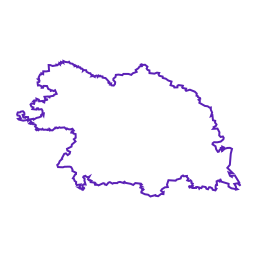 Natore, Rajshahi, Bangladesh (Equal Earth projection), rotated 268°
{"feature_id": "16705992B43065208682222", "entity_name": "Natore", "entity_type": "district", "adm_level": 2, "iso_a3": "BGD", "parent_name": "Bangladesh", "parent_adm1": "Rajshahi", "projection": "equal_earth", "projection_center": [89.103, 24.393], "detail": "fine", "context": "isolated", "style": "outline", "palette": "violet", "viewbox_px": 256, "rotation_deg": 268, "n_neighbors": 0, "source": "geoboundaries", "source_scale": "gbopen_adm2", "svg_char_len": 5731}
<svg xmlns="http://www.w3.org/2000/svg" viewBox="0 0 256 256"><g transform="rotate(268 128 128)"><path d="M140.3,19.0L139.0,23.5L139.6,28.0L138.6,28.3L139.8,29.3L139.5,30.1L137.7,31.4L136.6,30.2L136.5,31.8L135.7,30.3L135.4,31.1L135.9,32.9L135.1,33.2L135.0,34.8L134.0,36.0L132.7,35.2L130.9,37.4L130.7,36.4L129.7,35.8L129.0,36.5L129.6,37.8L128.9,38.3L129.9,39.9L129.4,41.3L130.2,42.5L129.2,43.2L129.2,46.1L128.8,47.4L129.4,48.0L128.5,49.3L129.7,49.5L128.4,50.9L128.3,52.5L130.1,54.6L130.2,55.4L130.9,55.4L131.0,56.6L130.3,57.8L131.1,59.5L130.6,60.6L130.8,64.5L128.9,66.3L129.7,67.0L128.9,68.3L128.6,70.2L129.2,72.4L127.3,73.7L126.6,71.7L125.4,71.2L125.1,73.1L124.3,73.4L123.8,75.4L120.1,75.4L118.7,73.5L116.4,75.1L113.4,71.3L111.4,70.9L109.3,66.3L107.6,66.6L106.2,69.3L104.4,68.8L103.0,66.8L104.8,65.1L104.4,63.4L99.9,60.8L99.4,61.1L97.3,58.6L94.9,57.6L93.5,56.0L91.4,56.7L91.0,61.6L91.5,63.3L91.4,68.5L90.8,69.9L88.3,71.1L87.0,70.9L85.1,74.5L83.7,74.4L83.3,73.5L79.6,71.2L79.2,72.1L77.0,72.8L75.9,74.3L74.0,74.1L72.8,74.8L73.2,78.7L70.8,77.6L70.1,78.0L70.2,76.5L69.0,78.2L69.3,80.0L68.9,79.5L68.0,80.1L68.5,80.6L68.1,81.1L69.3,82.0L70.5,80.7L72.1,80.4L73.2,81.6L73.0,83.6L77.0,82.6L78.7,82.9L80.4,81.5L81.2,82.0L81.7,83.8L80.8,84.5L80.1,86.5L80.8,87.7L78.2,86.2L77.2,87.2L77.3,88.2L76.6,89.5L75.9,88.6L75.2,88.7L74.6,92.9L74.1,93.4L73.8,92.7L72.4,93.1L72.3,95.6L71.7,96.5L73.7,101.3L73.3,102.6L72.4,102.8L71.8,104.5L74.1,106.6L74.5,108.0L72.9,110.6L73.5,111.7L73.3,115.3L74.1,116.3L74.4,118.1L73.2,121.6L73.8,121.6L74.4,122.7L73.3,123.5L72.1,128.8L70.9,131.2L72.7,133.4L71.9,139.0L71.4,139.4L71.4,138.4L69.8,138.7L69.0,139.8L68.9,138.8L68.1,138.3L67.8,139.1L66.0,140.1L66.6,140.9L66.0,141.4L64.2,139.2L63.0,139.1L61.2,142.6L60.6,145.8L58.8,148.0L60.0,153.1L59.3,153.3L58.8,155.7L61.0,158.9L60.7,161.1L62.8,161.4L62.5,160.5L64.2,158.8L65.7,159.9L67.4,162.8L67.6,165.7L70.0,165.0L74.4,166.6L73.7,173.8L74.7,174.8L75.7,178.8L77.8,179.7L78.6,181.3L77.8,182.0L78.0,185.2L77.0,185.1L75.3,186.6L73.6,185.4L72.9,187.1L73.6,188.6L72.5,189.6L71.0,189.4L70.1,190.8L68.8,190.1L67.9,190.9L67.4,190.3L67.7,187.3L67.3,187.0L66.5,187.4L66.9,188.0L65.8,190.4L65.7,194.0L66.6,194.1L66.6,195.3L66.2,196.6L64.9,197.1L65.8,197.9L65.4,199.3L67.0,200.3L66.3,203.5L64.5,204.3L64.0,205.8L65.9,206.9L66.0,207.9L64.9,209.9L63.3,210.5L62.6,213.2L64.2,214.3L64.6,213.5L66.8,213.5L68.1,214.0L68.0,215.0L71.6,214.7L72.4,216.3L71.2,217.7L71.5,218.6L74.0,218.3L71.1,219.5L68.7,226.6L66.0,226.4L64.1,229.3L63.4,232.7L62.6,233.5L63.0,235.3L64.0,234.0L65.7,233.8L68.4,232.3L68.9,235.5L66.4,238.3L69.0,236.9L69.5,237.3L76.9,233.1L76.6,229.8L75.7,229.9L76.6,228.3L80.0,227.1L79.3,228.6L79.3,231.1L84.7,225.9L87.6,228.5L98.7,229.8L103.5,231.2L104.6,229.2L104.6,226.8L104.0,224.3L102.5,222.1L105.2,223.2L106.1,221.5L100.8,221.3L105.7,220.1L103.8,220.0L103.0,218.8L101.2,217.9L101.0,217.0L103.6,215.4L106.7,214.8L108.7,211.9L109.8,212.1L110.8,213.5L110.6,216.8L111.2,220.2L113.3,222.9L114.8,223.3L116.2,222.5L115.8,220.3L117.4,218.9L120.6,219.2L124.3,217.4L124.2,213.1L125.3,214.1L125.9,213.7L127.1,216.0L128.4,216.6L130.3,215.2L132.1,215.4L132.8,213.2L137.7,212.8L137.0,211.3L140.5,212.6L143.4,211.4L145.6,211.5L145.4,210.4L146.9,208.4L147.4,205.6L150.7,200.2L152.5,200.8L153.7,199.6L154.6,201.2L155.3,201.1L156.5,199.0L157.6,198.7L157.9,197.6L160.0,197.9L162.0,196.0L164.1,191.2L163.1,187.4L163.9,186.8L165.3,187.4L166.1,184.0L166.6,183.6L168.3,184.3L168.5,183.6L169.1,180.2L168.6,179.0L166.9,178.8L166.9,175.7L168.2,175.3L169.3,172.0L172.9,173.1L174.0,170.0L176.0,167.4L176.8,164.5L178.2,164.4L179.1,161.1L180.4,160.4L181.9,161.1L182.3,158.9L181.4,156.3L182.1,151.4L184.8,151.4L185.4,149.6L186.7,148.7L188.6,149.6L190.6,147.2L190.5,145.1L191.2,143.8L190.9,143.0L189.3,143.8L189.1,141.7L187.3,140.4L185.7,137.7L183.8,138.6L182.5,134.7L181.0,133.1L182.0,130.4L182.2,125.3L181.0,124.2L181.7,120.4L181.5,117.7L179.4,117.3L177.9,115.2L176.4,115.0L174.3,116.8L172.4,116.5L170.9,115.2L171.2,113.1L171.9,112.8L172.0,111.8L173.2,112.5L173.4,110.7L174.4,110.8L174.3,110.0L175.5,110.1L178.7,107.3L179.2,104.4L180.4,104.3L180.6,102.5L181.1,102.1L180.8,101.4L181.2,100.8L179.8,100.4L181.0,100.2L180.2,99.4L181.3,99.2L181.5,98.6L181.1,96.8L180.2,96.6L181.2,94.9L181.0,93.5L182.1,94.4L182.7,92.9L184.0,92.3L184.1,91.1L185.7,88.5L187.2,88.2L187.4,85.7L186.9,85.1L187.8,85.3L188.9,84.2L188.8,83.2L190.2,82.5L190.0,81.5L191.3,80.6L190.5,79.3L191.9,78.7L191.6,76.8L192.9,76.9L193.0,75.7L194.1,74.9L194.6,72.5L196.2,71.4L195.7,70.8L196.2,67.7L197.2,65.8L196.2,65.8L196.1,65.0L195.4,65.3L196.0,64.1L195.6,63.9L196.1,63.3L194.9,63.1L195.4,61.8L194.1,62.0L194.7,61.3L193.3,59.8L193.7,58.7L193.1,58.7L192.6,54.8L193.6,52.5L193.7,50.9L187.8,51.1L187.4,48.3L187.6,45.3L184.8,45.1L185.7,43.3L184.6,43.1L184.5,42.0L181.7,40.5L180.1,40.8L179.9,39.7L178.3,41.2L177.2,40.9L176.8,39.2L174.2,39.4L173.6,39.6L173.9,40.8L172.6,43.3L171.2,43.1L171.2,44.5L173.0,45.2L172.8,48.5L169.8,49.7L168.7,52.2L167.8,52.2L168.2,53.7L167.5,55.0L168.3,56.4L164.6,57.9L163.9,55.4L162.8,54.7L162.3,51.1L161.4,50.7L162.3,49.4L162.1,45.6L159.9,46.3L159.2,48.9L158.5,45.6L156.5,45.2L157.0,44.1L158.0,43.7L157.8,40.1L159.4,39.9L160.5,37.5L158.6,37.6L158.8,35.1L157.9,34.2L157.3,35.5L155.4,35.0L155.9,32.4L154.9,31.4L152.8,32.2L151.9,34.1L150.2,33.1L149.6,37.3L150.8,37.7L150.9,38.7L149.6,39.5L149.8,42.3L148.4,43.1L145.6,43.2L145.6,44.4L143.4,44.0L144.6,43.4L144.4,42.6L144.7,42.4L143.9,41.5L142.6,41.7L141.7,39.3L141.3,37.0L139.7,34.0L140.5,33.7L139.9,29.5L140.8,28.6L142.4,28.5L142.6,25.8L141.8,25.7L142.2,23.8L144.8,23.2L144.8,24.8L145.5,25.0L147.1,24.8L148.4,23.6L148.1,21.5L147.4,20.6L147.4,18.4L145.6,17.7L144.4,18.0L144.0,20.0L141.6,21.1L141.0,18.4L140.3,19.0Z" fill="none" stroke="#5b21b6" stroke-width="2"/></g></svg>